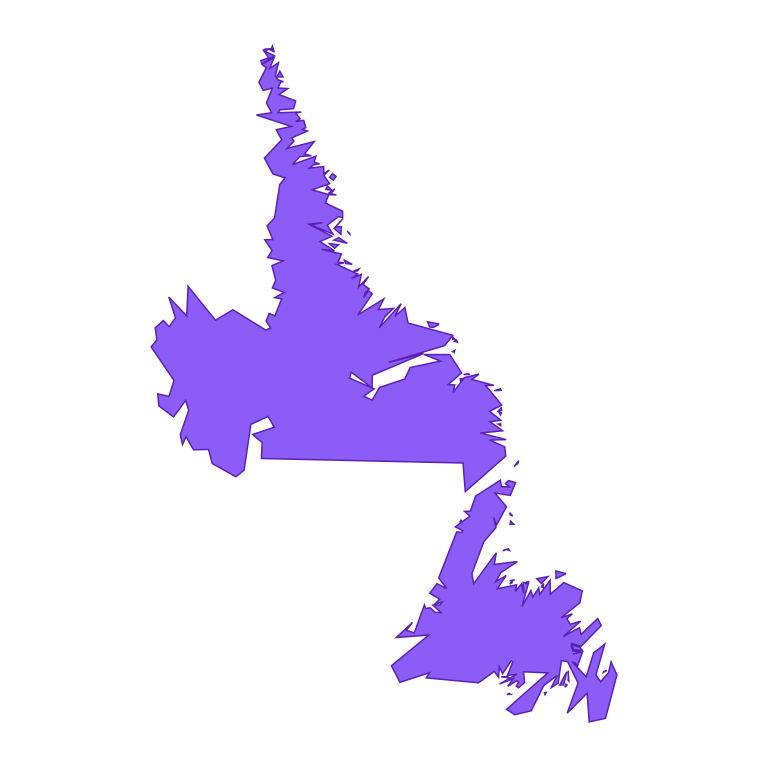 SVG path tracing the border of Newfoundland and Labrador
{"feature_id": "CAN-686", "entity_name": "Newfoundland and Labrador", "entity_type": "Province", "adm_level": 1, "iso_a3": "CAN", "parent_name": "Canada", "parent_adm1": "", "projection": "orthographic", "projection_center": [-58.847, 53.496], "detail": "fine", "context": "isolated", "style": "filled", "palette": "violet", "viewbox_px": 768, "rotation_deg": 0, "n_neighbors": 0, "source": "natural_earth", "source_scale": "10m", "svg_char_len": 6140}
<svg xmlns="http://www.w3.org/2000/svg" viewBox="0 0 768 768"><path d="M271.1,48.8L274.5,52.0L268.5,49.1L265.3,51.6L274.2,55.6L262.6,63.8L274.1,57.6L269.7,68.4L278.5,62.7L275.4,75.7L278.0,79.9L283.5,81.7L280.7,82.0L278.0,88.0L287.8,88.6L279.0,94.5L295.7,101.0L293.6,108.7L280.0,109.8L278.1,112.7L301.3,112.0L295.9,113.2L300.1,118.8L295.7,121.6L303.7,120.3L305.8,127.6L302.4,129.4L307.4,131.0L291.6,137.9L294.0,141.1L287.0,148.4L314.2,141.6L304.4,154.0L311.4,155.7L299.8,156.6L292.4,164.6L315.9,156.2L314.1,162.2L319.6,163.8L313.5,164.8L309.7,168.0L323.7,166.6L323.9,175.6L329.6,183.7L312.2,189.8L328.8,194.6L325.4,203.0L342.6,211.2L342.7,217.8L338.5,216.5L327.3,225.2L332.8,234.0L311.1,224.9L322.4,222.7L308.9,224.1L332.0,236.2L319.9,241.6L334.4,250.7L321.4,249.4L341.4,254.0L338.1,262.0L344.1,262.9L336.6,264.3L357.8,274.1L351.7,278.6L361.3,274.4L358.7,287.0L368.6,276.5L363.1,284.5L369.2,288.9L364.9,292.9L364.0,297.6L368.5,290.6L372.2,294.0L357.8,315.0L383.8,298.9L378.4,309.5L393.5,308.4L384.8,316.9L379.3,327.9L401.1,303.7L394.8,316.5L404.9,307.5L408.0,323.0L452.8,335.3L444.8,345.6L388.7,362.3L423.7,353.5L372.4,375.2L372.1,387.8L351.3,372.2L349.4,378.1L374.2,388.8L363.8,396.1L372.1,400.3L379.6,387.4L404.8,379.0L410.1,367.5L440.4,361.1L424.1,354.5L449.8,354.6L461.6,372.9L448.0,384.7L454.8,384.9L453.2,392.4L464.4,377.6L479.0,374.1L471.9,379.4L494.0,385.4L485.7,385.5L501.7,405.1L489.6,411.3L500.7,420.2L490.0,421.7L502.6,430.8L480.3,433.0L506.2,439.6L489.6,440.1L504.7,446.9L505.8,456.0L465.3,491.6L463.0,463.0L261.4,458.5L262.2,442.6L252.7,434.5L274.3,427.2L268.0,416.4L250.9,424.3L244.1,470.1L235.9,476.8L212.2,463.5L208.6,449.4L193.6,449.8L186.0,436.7L182.5,444.6L180.3,434.8L188.7,410.2L185.6,400.5L173.5,416.9L158.8,405.8L157.8,393.9L169.0,396.4L174.0,380.4L151.1,346.9L156.9,339.9L155.2,327.9L163.4,320.5L169.2,326.7L175.5,317.7L168.8,297.0L186.7,316.0L188.1,286.4L215.5,320.2L232.9,309.8L265.6,330.0L270.6,328.1L266.1,321.1L269.2,313.5L275.0,315.8L281.6,298.9L274.7,297.6L284.3,292.4L272.4,288.0L275.7,280.2L271.9,265.6L283.2,260.9L267.8,257.5L272.0,250.5L264.8,239.7L272.8,239.6L267.1,225.9L274.5,218.0L279.8,184.5L285.1,177.8L273.0,174.0L264.4,158.2L281.7,139.7L276.3,129.7L291.3,126.4L256.4,115.0L271.7,112.7L266.4,103.0L272.3,88.2L263.2,90.4L258.9,82.3L266.4,67.5L262.0,64.6L260.9,60.6L268.7,57.8L263.3,50.1L265.4,49.0L271.1,48.8ZM616.9,675.0L605.5,718.3L589.2,721.9L587.1,693.2L567.2,713.1L578.1,683.1L567.6,661.6L561.4,660.6L558.2,683.1L551.3,687.6L557.3,675.4L543.8,685.5L531.2,710.8L514.8,714.7L506.5,709.4L547.8,672.9L523.5,671.8L524.6,682.5L518.5,687.8L516.2,686.0L518.6,682.2L516.8,680.7L507.8,686.4L513.2,678.7L499.5,684.0L516.9,674.2L507.4,675.5L512.7,662.2L511.3,660.6L502.6,673.7L499.3,666.8L498.6,677.2L494.2,671.4L478.5,682.8L426.3,677.9L429.4,672.8L400.0,682.3L391.4,665.8L428.7,635.1L396.3,637.5L412.5,622.4L406.3,630.4L414.3,632.8L424.4,604.8L425.8,608.5L430.4,607.8L435.2,612.4L441.1,612.7L432.9,605.2L440.1,605.0L442.1,602.2L434.7,604.2L439.6,599.2L429.8,593.2L437.0,583.7L446.7,588.5L438.7,577.9L456.7,531.9L461.6,532.3L463.0,530.8L455.3,526.9L469.8,516.2L464.5,511.3L470.4,511.2L475.6,496.2L500.5,480.1L501.3,486.6L509.5,487.0L505.4,483.5L508.5,480.6L515.6,482.6L510.3,495.4L494.9,493.0L506.5,506.8L496.4,525.1L493.6,517.4L495.9,527.7L483.8,541.8L471.9,573.6L473.7,583.7L496.3,552.8L494.3,564.4L517.3,561.6L500.7,572.7L495.8,581.6L506.1,575.5L497.2,588.8L516.6,584.8L515.3,591.3L521.4,583.9L523.6,593.2L523.1,582.4L526.9,583.6L526.4,582.3L528.1,581.4L528.8,581.8L522.0,606.5L530.9,590.5L532.8,596.9L538.8,587.8L539.7,594.3L550.1,580.4L550.4,594.1L563.8,582.6L582.2,590.9L579.9,602.7L561.1,617.7L572.3,613.8L566.9,618.7L570.2,624.3L580.7,621.2L563.3,636.5L579.4,627.7L581.2,634.3L597.7,618.5L601.2,625.6L581.2,646.2L571.6,643.5L571.3,646.5L572.8,650.9L580.8,651.5L572.9,654.1L582.6,651.7L577.5,665.9L574.8,662.7L572.7,662.4L586.2,676.8L593.7,652.8L604.7,644.2L595.9,675.1L600.7,681.7L608.5,672.7L611.1,662.0L616.9,675.0ZM334.1,228.3L342.8,218.8L335.9,226.7L341.3,226.8L340.9,234.2L334.1,228.3ZM427.6,321.8L438.5,323.9L438.1,325.0L433.5,327.4L429.6,327.0L427.6,321.8ZM556.1,578.5L555.9,571.0L565.4,573.5L565.1,574.2L556.1,578.5ZM580.0,647.2L582.2,650.4L573.7,649.8L571.5,644.9L580.0,647.2ZM344.3,260.1L352.2,264.3L345.8,263.5L344.3,260.1ZM338.8,237.7L347.2,243.3L333.9,240.1L338.8,237.7ZM541.4,583.4L536.7,578.7L547.9,576.6L541.4,583.4ZM327.4,186.0L331.8,190.2L325.9,189.4L327.4,186.0ZM338.5,244.7L334.7,248.2L329.4,243.7L338.5,244.7ZM279.8,71.2L282.9,76.9L276.9,76.8L279.8,71.2ZM336.4,194.9L330.1,194.7L328.9,193.0L334.9,188.8L330.8,193.7L336.4,194.9ZM329.1,170.0L324.6,174.7L324.3,173.5L329.1,170.0ZM329.6,177.4L332.4,173.6L336.1,176.4L333.5,180.1L329.6,177.4ZM566.8,671.8L563.6,684.9L559.7,685.0L566.8,671.8ZM494.1,390.7L500.4,388.8L501.2,390.3L494.1,390.7ZM510.6,521.0L513.8,524.3L510.1,524.4L510.6,521.0ZM501.0,676.9L507.2,676.5L508.8,677.6L501.0,676.9ZM353.1,271.4L359.0,269.0L357.4,271.0L353.1,271.4ZM349.9,234.3L347.1,231.0L349.9,233.9L349.9,234.3ZM518.2,462.9L514.1,466.5L518.6,460.6L518.2,462.9ZM463.6,374.6L468.6,373.6L469.1,374.4L463.6,374.6ZM498.3,411.1L501.1,407.9L501.6,410.6L498.3,411.1ZM452.9,337.0L455.2,339.5L452.5,339.4L452.9,337.0ZM509.7,512.6L512.7,516.0L510.3,515.0L509.7,512.6ZM509.8,580.7L514.7,579.7L511.6,581.2L509.8,580.7ZM460.7,381.9L460.1,378.8L463.0,378.4L460.7,381.9ZM543.5,583.4L543.1,587.6L541.4,586.9L543.5,583.4ZM568.2,680.4L568.2,670.6L568.8,681.1L568.2,680.4ZM603.6,671.5L606.9,670.5L603.3,672.5L603.6,671.5ZM509.7,584.1L512.1,581.6L512.1,582.6L509.7,584.1ZM272.4,46.1L273.6,49.9L271.5,48.1L272.4,46.1ZM499.0,412.2L501.4,412.9L500.5,415.0L499.0,412.2ZM498.1,424.1L500.6,423.7L500.7,425.6L498.1,424.1ZM564.9,687.2L565.8,684.2L567.0,685.0L564.9,687.2ZM506.1,549.4L508.4,548.8L509.5,550.5L506.1,549.4ZM459.7,522.4L461.0,520.2L461.7,521.1L459.7,522.4ZM510.6,694.3L507.7,694.4L507.0,694.7L509.0,693.3L510.6,694.3ZM452.6,351.6L454.8,350.4L454.2,352.5L452.6,351.6ZM454.5,341.2L456.4,340.0L457.3,342.1L454.5,341.2ZM544.4,693.0L546.2,692.5L545.1,694.7L544.4,693.0ZM503.6,550.3L505.5,550.2L503.5,550.6L503.6,550.3Z" fill="#8b5cf6" stroke="#5b21b6" stroke-width="1.5"/></svg>